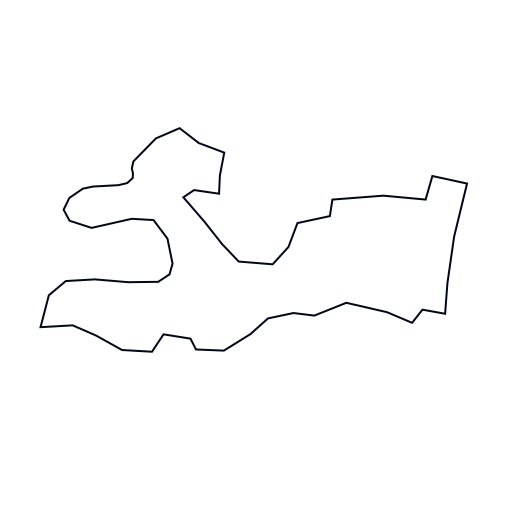 Rujienas, Albers equal-area conic projection, rotated 286°
{"feature_id": "LVA-5796", "entity_name": "Rujienas", "entity_type": "Municipality", "adm_level": 1, "iso_a3": "LVA", "parent_name": "Latvia", "parent_adm1": "", "projection": "albers", "projection_center": [25.272, 57.927], "detail": "fine", "context": "isolated", "style": "outline", "palette": "ink", "viewbox_px": 512, "rotation_deg": 286, "n_neighbors": 0, "source": "natural_earth", "source_scale": "10m", "svg_char_len": 911}
<svg xmlns="http://www.w3.org/2000/svg" viewBox="0 0 512 512"><g transform="rotate(286 256 256)"><path d="M247.5,58.3L260.4,60.6L273.0,71.0L277.8,80.1L286.2,104.3L290.6,112.1L297.0,116.0L301.4,115.0L306.0,112.5L313.2,112.1L341.5,127.4L357.8,147.3L348.8,169.9L346.6,197.0L323.4,199.1L305.7,203.3L302.3,178.3L292.4,170.0L274.7,197.1L258.1,220.1L245.9,240.9L252.6,274.3L273.6,284.7L299.1,286.8L314.7,316.0L331.3,313.9L349.1,361.8L357.0,403.5L381.5,403.5L383.8,438.9L329.3,441.1L282.6,447.5L252.6,453.7L250.3,430.8L234.8,424.5L238.1,397.4L235.9,355.7L214.8,328.5L211.5,307.7L199.3,284.7L179.4,272.2L156.2,251.2L149.6,224.1L158.5,215.8L155.2,188.7L135.3,182.4L128.7,153.1L135.5,123.9L138.8,98.9L128.2,68.5L161.2,67.7L179.5,80.1L189.1,107.5L195.6,140.4L204.2,169.1L214.5,177.9L225.6,177.9L248.3,166.1L262.3,147.6L257.5,126.3L237.7,90.2L238.5,67.1L247.5,58.3Z" fill="none" stroke="#020617" stroke-width="2"/></g></svg>